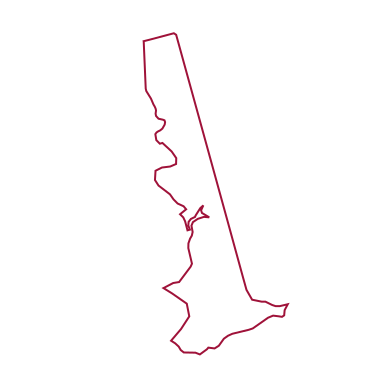 an SVG outline of West Coast, rotated 254°
{"feature_id": "GMB-5512", "entity_name": "West Coast", "entity_type": "Division", "adm_level": 1, "iso_a3": "GMB", "parent_name": "Gambia", "parent_adm1": "", "projection": "robinson", "projection_center": [-16.401, 13.235], "detail": "fine", "context": "isolated", "style": "outline", "palette": "rose", "viewbox_px": 384, "rotation_deg": 254, "n_neighbors": 0, "source": "natural_earth", "source_scale": "10m", "svg_char_len": 1464}
<svg xmlns="http://www.w3.org/2000/svg" viewBox="0 0 384 384"><g transform="rotate(254 192 192)"><path d="M350.3,187.1L350.1,192.7L349.6,218.3L347.5,220.1L335.7,220.0L327.3,219.9L307.0,219.7L266.0,219.3L196.3,218.6L148.5,218.1L96.6,217.5L82.9,217.4L71.9,220.1L67.3,228.9L66.3,232.4L61.3,237.9L59.3,240.8L58.1,244.8L57.7,253.1L52.9,248.5L48.0,246.6L47.2,244.1L48.6,241.1L50.8,235.9L50.2,230.5L44.1,212.8L43.9,208.5L44.6,191.7L43.9,187.0L42.2,182.2L36.8,175.4L35.4,170.6L37.9,164.8L36.7,163.0L33.7,154.8L36.6,151.0L40.0,139.9L43.2,137.6L47.1,136.6L51.2,134.1L54.8,130.9L63.3,143.7L73.2,155.1L86.1,156.2L100.0,144.9L107.5,138.1L109.7,148.8L109.0,154.8L120.6,170.1L123.1,172.2L139.1,173.0L143.6,174.4L147.7,177.3L150.1,179.8L153.4,181.6L159.8,182.2L162.8,184.6L164.6,190.2L164.8,196.6L162.9,201.6L169.1,195.8L171.9,195.7L176.0,199.2L174.2,195.5L168.4,189.0L167.2,188.0L166.4,183.5L164.2,180.5L160.8,179.2L156.4,179.6L156.4,177.1L165.7,177.3L170.0,176.6L173.9,174.4L177.0,181.6L180.6,180.0L184.9,175.0L190.0,172.2L195.8,170.2L207.4,161.6L213.7,159.7L222.5,162.8L223.8,169.9L222.5,178.1L223.3,184.4L228.9,186.2L236.6,183.6L247.3,177.1L247.3,174.4L251.7,172.0L257.7,172.7L259.0,174.3L259.6,176.1L260.0,178.4L261.1,181.0L264.3,184.3L266.6,185.4L268.5,185.3L269.5,184.0L271.7,180.0L275.0,178.4L277.3,178.6L280.3,179.9L282.2,180.0L284.4,179.7L286.7,179.1L293.1,178.3L301.6,175.9L304.1,176.0L350.1,187.1L350.3,187.1Z" fill="none" stroke="#9f1239" stroke-width="2"/></g></svg>